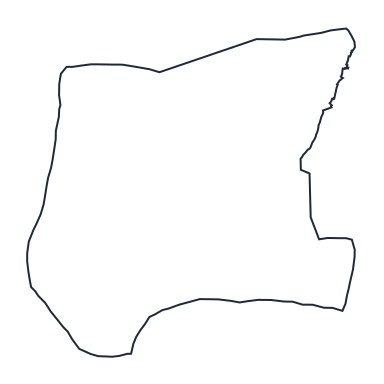 Ifedore, Ondo, Nigeria, rotated 271°
{"feature_id": "59680162B99856631560735", "entity_name": "Ifedore", "entity_type": "district", "adm_level": 2, "iso_a3": "NGA", "parent_name": "Nigeria", "parent_adm1": "Ondo", "projection": "orthographic", "projection_center": [5.135, 7.355], "detail": "fine", "context": "isolated", "style": "outline", "palette": "slate", "viewbox_px": 384, "rotation_deg": 271, "n_neighbors": 0, "source": "geoboundaries", "source_scale": "gbopen_adm2", "svg_char_len": 2571}
<svg xmlns="http://www.w3.org/2000/svg" viewBox="0 0 384 384"><g transform="rotate(271 192 192)"><path d="M314.9,64.4L307.8,58.8L297.8,57.4L286.4,57.4L279.7,58.5L276.5,58.9L272.6,57.8L265.1,57.6L250.8,54.8L242.3,54.8L232.3,53.5L222.3,52.1L213.8,50.7L203.8,47.9L195.3,46.5L185.3,45.1L176.7,43.8L166.8,41.0L156.8,36.7L151.9,34.4L151.3,34.1L139.6,29.7L128.2,28.3L119.7,28.4L109.7,29.8L101.2,31.3L97.8,32.0L94.1,32.8L89.9,37.1L85.6,40.0L78.5,47.2L70.0,52.9L54.4,65.9L50.2,70.2L42.9,74.6L37.5,78.7L33.2,82.0L28.3,93.4L26.5,100.0L26.2,101.1L26.1,108.1L25.9,114.9L26.8,121.9L29.1,130.3L29.2,133.9L39.1,136.0L46.3,138.8L53.4,143.1L59.1,147.3L66.3,151.6L69.1,157.3L73.4,164.4L74.9,170.1L79.2,181.5L80.1,184.6L82.1,191.5L85.0,201.5L85.1,208.7L85.1,220.1L83.8,233.0L82.4,241.6L83.9,250.1L85.3,260.1L85.4,273.0L84.1,285.9L84.1,294.5L81.3,304.5L81.4,314.5L78.6,325.9L78.6,334.5L75.8,344.5L83.0,347.4L91.5,348.8L97.2,350.2L104.3,351.5L117.2,354.3L130.0,355.7L137.1,355.7L147.1,352.7L148.5,347.0L148.4,341.3L148.4,328.4L146.9,319.9L168.8,311.1L194.1,310.0L212.6,309.2L216.1,300.4L224.8,300.1L227.2,300.0L228.6,301.3L230.8,302.4L234.2,305.4L235.4,306.2L236.8,307.7L237.5,308.9L238.3,309.5L240.0,310.2L241.4,310.7L242.6,311.1L243.6,311.5L244.6,312.2L246.1,313.1L247.2,313.7L248.9,314.5L250.3,315.0L251.2,314.9L253.3,315.9L255.1,316.5L256.9,316.9L259.1,317.3L260.4,317.3L262.2,317.9L263.8,318.6L265.5,319.0L267.2,319.5L269.1,319.9L272.8,321.6L274.0,321.8L275.8,321.6L277.4,325.8L279.0,330.0L280.2,329.4L281.0,330.3L281.6,329.9L281.9,329.4L282.1,329.2L283.2,328.1L283.6,328.5L284.8,329.5L287.5,330.4L287.2,331.4L287.9,331.7L288.2,331.8L287.9,332.6L298.5,334.7L301.8,335.8L302.2,335.1L306.0,337.6L307.2,339.1L307.3,339.3L307.8,339.7L308.2,340.2L308.6,340.8L309.1,339.9L309.9,338.8L310.4,339.1L312.2,339.9L317.4,340.5L318.1,340.6L317.7,342.6L318.5,342.8L318.3,343.7L318.8,343.8L318.7,344.3L318.6,344.5L318.3,345.5L318.2,345.9L319.1,346.1L319.3,344.5L321.6,345.2L322.1,344.0L323.8,344.7L325.4,345.2L325.4,345.4L326.2,345.6L326.8,345.8L327.5,345.9L328.9,346.0L330.5,346.3L330.5,346.7L330.3,347.5L331.2,347.9L331.3,348.1L332.2,348.3L332.8,348.6L334.1,348.5L334.5,349.4L336.0,349.1L336.4,349.8L336.2,350.3L336.8,350.7L339.6,352.4L345.1,351.8L348.5,350.0L350.5,349.0L356.3,345.5L358.1,343.2L356.9,334.0L356.0,327.9L353.3,318.2L350.4,301.1L349.0,296.8L346.0,282.5L346.0,253.9L327.3,202.1L323.7,192.1L311.2,157.4L314.0,147.4L315.9,135.4L316.7,130.2L318.1,120.2L318.1,115.9L318.0,110.2L318.0,97.3L317.9,88.7L316.4,78.7L315.0,70.2L314.9,64.4Z" fill="none" stroke="#1e293b" stroke-width="2"/></g></svg>